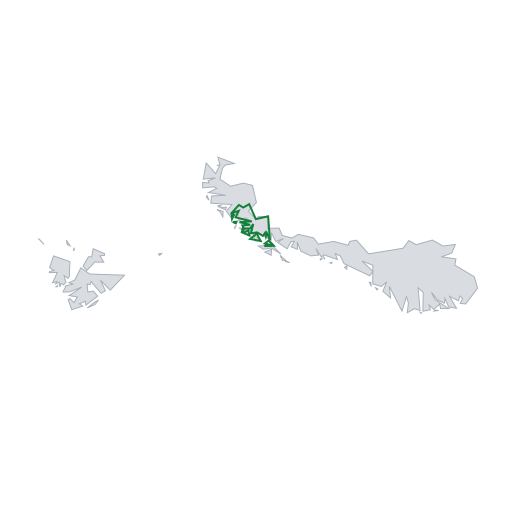 where Troms sits in Norway, rotated 254°
{"feature_id": "NOR-900", "entity_name": "Troms", "entity_type": "County", "adm_level": 1, "iso_a3": "NOR", "parent_name": "Norway", "parent_adm1": "", "projection": "albers", "projection_center": [18.955, 69.32], "detail": "coarse", "context": "in_parent", "style": "outline", "palette": "green", "viewbox_px": 512, "rotation_deg": 254, "n_neighbors": 0, "source": "natural_earth", "source_scale": "10m", "svg_char_len": 4389}
<svg xmlns="http://www.w3.org/2000/svg" viewBox="0 0 512 512"><g transform="rotate(254 256 256)"><path d="M301.3,261.0L291.6,266.0L293.2,269.2L290.8,278.5L279.3,274.8L276.5,285.9L268.4,287.0L263.4,295.6L265.1,302.7L257.5,316.4L250.2,319.2L248.6,334.7L240.9,347.6L244.2,350.1L243.5,357.0L227.0,364.8L222.9,399.6L228.7,407.2L222.7,413.1L222.7,429.9L214.0,438.5L212.2,450.8L204.9,445.1L204.1,434.0L198.1,447.4L192.4,444.6L175.9,460.1L164.0,460.1L152.1,444.3L154.2,439.3L158.3,442.9L161.3,441.1L157.2,438.3L163.8,430.9L150.5,434.4L153.8,427.2L163.1,425.9L158.7,424.1L163.9,418.2L172.8,414.7L164.5,416.1L152.3,426.9L154.7,418.9L159.3,419.3L155.6,412.3L161.2,408.9L156.2,408.8L156.9,401.2L174.8,406.7L180.8,403.0L158.4,398.7L161.7,393.8L159.8,385.8L168.9,389.6L175.4,389.4L162.8,381.1L190.2,375.8L178.6,373.8L187.1,368.2L195.1,374.5L192.2,368.0L197.1,360.5L214.9,365.8L221.9,356.5L209.1,364.1L205.6,359.9L224.4,338.5L232.7,337.1L236.4,332.9L230.1,333.4L238.4,321.5L236.8,318.6L246.6,315.8L239.6,316.4L241.0,308.8L248.4,300.4L258.0,299.5L251.0,297.8L255.1,292.3L259.4,296.9L260.3,293.7L254.3,287.9L263.2,280.5L265.1,287.1L264.7,278.9L274.1,277.2L267.0,274.9L278.1,263.5L279.2,257.6L283.1,260.6L281.5,257.3L288.5,251.3L288.3,258.5L292.6,248.6L291.4,260.0L295.5,256.5L294.5,249.2L303.3,250.3L299.0,243.0L307.3,239.9L312.1,247.0L319.3,227.0L325.9,230.0L322.7,243.7L330.1,227.7L331.8,237.0L334.0,234.8L336.3,223.5L341.4,224.9L339.2,230.9L341.6,230.7L342.3,238.6L344.4,226.5L359.2,233.8L346.3,239.9L353.3,246.4L361.5,246.6L350.9,260.6L351.9,251.8L350.0,248.3L339.9,242.4L330.1,250.8L329.5,264.1L324.8,272.1L307.3,271.1L301.3,261.0ZM274.6,60.6L279.9,65.2L279.2,72.8L281.8,68.8L282.8,75.1L292.9,84.4L284.5,91.2L273.8,124.3L263.3,106.4L275.6,99.9L264.1,101.6L262.8,96.8L276.9,90.4L274.2,88.7L275.5,85.9L267.7,84.4L267.1,90.0L261.1,92.7L255.7,79.0L259.6,79.4L258.7,73.1L255.6,75.7L255.2,64.1L265.7,63.4L266.4,65.3L261.3,68.3L265.9,72.9L269.5,65.4L274.1,80.1L272.9,66.6L274.6,60.6ZM286.3,53.0L295.0,60.5L297.0,52.7L298.0,53.5L297.7,57.8L301.7,54.4L311.9,61.4L301.9,75.6L287.9,70.9L286.3,69.1L290.1,66.1L283.0,66.0L281.4,62.9L283.4,61.0L280.3,59.0L285.1,59.5L284.5,55.7L286.4,57.5L286.3,53.0ZM293.9,87.0L301.5,94.8L300.4,97.8L307.9,101.5L300.0,111.1L298.3,110.4L299.2,106.0L292.0,108.0L294.6,99.4L288.7,89.4L293.9,87.0ZM261.8,274.2L267.4,271.5L251.0,280.4L259.5,273.0L260.4,265.0L265.0,260.9L261.8,274.2ZM270.8,259.5L278.0,259.0L269.4,264.9L270.8,259.5ZM277.9,255.1L288.0,247.3L282.7,255.6L277.9,255.1ZM252.6,79.5L256.3,88.6L257.0,92.4L253.7,87.7L252.6,79.5ZM257.4,265.6L258.2,272.9L252.5,270.7L257.4,265.6ZM311.5,231.3L308.0,236.7L302.7,234.9L308.7,233.5L311.5,231.3ZM312.4,235.0L311.1,241.1L308.8,239.6L312.4,235.0ZM244.3,280.4L250.1,279.3L243.5,283.5L244.3,280.4ZM332.0,52.3L325.6,55.4L332.2,51.9L332.0,52.3ZM319.0,77.7L323.5,78.1L317.0,80.1L319.0,77.7ZM322.6,226.2L326.3,224.5L327.6,225.6L322.6,226.2ZM314.8,233.3L314.3,236.5L313.0,233.9L314.8,233.3ZM294.6,243.2L294.6,246.5L293.0,245.3L294.6,243.2ZM284.9,162.9L284.5,166.0L283.0,163.5L284.9,162.9ZM314.1,83.4L312.0,83.2L311.7,82.1L314.1,83.4ZM220.7,337.9L221.6,340.7L218.2,339.7L220.7,337.9ZM287.9,242.7L289.9,243.8L291.0,245.7L287.9,242.7ZM281.6,55.2L282.3,57.2L281.2,56.4L281.6,55.2ZM199.1,358.9L195.0,358.5L199.5,357.7L199.1,358.9ZM192.5,362.2L190.6,364.1L190.1,362.8L192.5,362.2ZM242.5,284.1L240.3,286.5L242.8,282.4L242.5,284.1ZM154.6,413.1L153.3,416.5L154.0,411.9L154.6,413.1ZM235.2,319.0L234.5,316.8L235.7,317.0L235.2,319.0ZM353.7,243.2L353.7,245.9L353.5,245.4L353.7,243.2ZM236.0,321.1L233.8,321.3L236.5,320.6L236.0,321.1ZM229.0,325.2L229.0,327.3L228.0,326.5L229.0,325.2ZM156.8,398.1L155.2,400.0L155.9,398.3L156.8,398.1Z" fill="#d9dde1" stroke="#a8b0b8" stroke-width="1"/><path d="M307.7,263.7L291.5,266.0L290.8,278.6L267.4,273.8L275.1,272.8L272.1,270.9L275.8,271.1L273.4,268.2L278.4,263.6L279.2,257.3L287.5,262.2L284.1,257.8L285.7,251.9L289.2,251.3L287.6,258.9L293.2,249.6L290.4,261.5L298.8,247.0L304.2,251.9L303.9,244.9L301.5,246.1L298.3,243.2L303.9,244.2L309.8,253.6L306.1,257.1L307.7,263.7ZM274.0,255.1L277.3,262.9L269.1,264.6L274.0,255.1ZM263.2,266.8L263.5,270.8L262.0,272.8L261.7,274.7L265.5,267.9L267.4,272.6L260.9,276.0L263.2,266.8ZM282.0,249.8L282.6,255.7L277.5,255.3L282.0,249.8ZM282.3,248.7L286.5,251.0L284.9,251.7L282.3,248.7ZM295.1,243.1L294.3,246.7L293.0,245.6L295.1,243.1Z" fill="none" stroke="#15803d" stroke-width="2"/></g></svg>